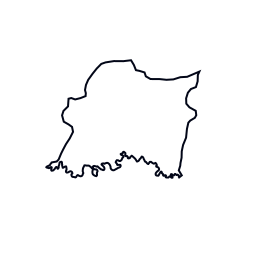 Musan, Hamgyŏng-bukto, North Korea, rotated 239°
{"feature_id": "82179303B23816821783286", "entity_name": "Musan", "entity_type": "district", "adm_level": 2, "iso_a3": "PRK", "parent_name": "North Korea", "parent_adm1": "Hamgyŏng-bukto", "projection": "mercator", "projection_center": [129.196, 42.155], "detail": "fine", "context": "isolated", "style": "outline", "palette": "ink", "viewbox_px": 256, "rotation_deg": 239, "n_neighbors": 0, "source": "geoboundaries", "source_scale": "gbopen_adm2", "svg_char_len": 5664}
<svg xmlns="http://www.w3.org/2000/svg" viewBox="0 0 256 256"><g transform="rotate(239 128 128)"><path d="M184.5,165.5L187.7,158.4L192.6,150.4L195.8,142.5L196.7,138.1L195.1,131.9L192.8,125.7L189.8,118.7L186.6,114.2L182.7,110.7L179.6,109.8L177.2,108.1L178.1,102.7L179.7,97.4L182.9,94.8L183.7,92.1L177.4,87.7L175.9,81.5L172.8,78.0L166.5,76.2L161.7,78.9L157.8,80.6L153.0,78.9L149.1,72.7L146.1,66.5L142.9,61.2L140.6,57.6L136.7,52.3L136.0,49.6L137.8,44.8L137.4,44.2L137.3,43.5L137.0,42.9L136.4,41.9L136.5,40.7L136.7,38.7L136.7,38.2L136.4,37.8L136.1,37.9L135.8,38.1L134.9,39.0L134.3,39.5L134.2,39.9L134.1,40.8L134.1,41.1L134.2,41.5L134.1,41.9L133.9,42.2L133.6,42.3L133.3,42.2L132.8,41.7L132.5,41.3L132.1,40.9L131.5,40.5L131.2,40.5L130.9,40.5L130.7,40.6L130.4,41.3L130.2,41.8L130.3,42.6L130.5,43.6L130.8,44.4L131.4,45.6L131.5,45.9L131.5,46.4L131.4,46.6L131.2,46.7L130.6,46.8L129.4,46.7L129.2,46.9L129.2,47.1L129.4,47.6L129.7,48.1L130.2,48.5L130.7,48.7L131.2,49.1L132.0,50.2L133.3,51.3L133.6,51.6L133.7,52.1L133.7,52.6L133.5,53.2L133.3,53.6L132.9,53.7L132.7,53.7L132.0,53.4L131.2,52.9L130.6,52.8L130.0,52.3L128.6,51.9L127.6,51.6L127.4,51.8L127.3,52.4L127.4,53.7L127.3,54.5L127.0,54.9L126.9,55.1L126.7,55.1L125.3,54.6L124.0,53.9L123.2,52.8L123.0,52.6L122.4,52.3L121.9,52.3L121.4,52.5L121.1,53.0L120.8,54.0L120.8,55.2L120.7,56.0L120.5,56.5L119.9,57.0L119.5,57.2L118.9,57.3L118.4,57.2L118.0,57.0L117.7,56.9L117.6,56.7L117.5,55.9L117.1,55.4L116.6,55.2L115.6,55.0L115.1,55.1L114.7,55.3L113.8,56.5L112.8,57.4L112.7,57.7L112.7,58.2L113.4,59.6L113.6,60.4L113.6,60.5L113.3,60.9L112.1,61.5L111.2,62.3L111.0,62.6L110.8,63.1L110.7,63.8L110.8,64.0L111.1,64.8L111.5,65.3L111.8,65.5L112.3,66.4L112.8,66.6L113.9,66.8L114.4,67.0L116.1,68.2L116.6,68.7L117.1,69.3L118.2,71.1L118.4,71.4L118.2,71.8L117.7,72.5L117.1,73.1L116.0,74.9L115.7,75.2L115.4,75.3L114.1,75.9L112.9,76.2L112.2,76.3L110.9,76.7L110.4,76.5L110.0,76.1L109.8,75.8L108.8,74.9L108.4,74.7L107.3,74.2L106.6,74.1L106.3,74.1L105.3,74.4L104.2,75.0L103.5,75.6L103.1,76.0L103.2,76.6L103.5,77.1L104.0,77.4L104.8,77.8L105.5,78.2L106.2,79.0L106.6,79.6L107.1,79.8L107.6,79.9L108.6,79.7L109.0,79.3L109.3,78.7L109.5,78.4L110.2,77.8L110.9,77.6L111.6,77.5L112.2,77.6L113.0,78.1L113.1,78.4L113.1,78.9L112.9,79.5L111.7,80.7L111.0,81.3L110.9,81.5L110.9,81.9L110.8,82.1L110.2,82.3L109.0,82.6L106.4,83.6L106.1,84.0L105.2,84.6L104.7,85.0L104.6,85.6L104.5,86.0L104.9,86.6L105.7,87.1L106.7,87.3L107.0,87.3L109.3,86.8L110.0,86.5L110.5,86.6L110.7,86.9L110.8,87.3L110.8,87.5L110.6,88.1L110.1,89.0L109.6,89.3L109.4,89.6L109.4,90.4L109.3,90.9L109.0,91.9L108.6,92.5L108.2,92.8L107.8,93.0L106.8,93.3L106.1,93.4L105.0,93.3L104.1,93.2L102.4,92.4L101.4,92.4L100.9,92.5L100.0,92.9L99.7,93.2L99.3,93.7L99.1,94.1L99.0,94.7L99.0,96.1L98.9,96.7L99.0,97.0L98.9,97.5L98.9,99.2L98.7,100.0L98.6,100.7L98.6,101.1L98.8,101.5L99.0,101.9L99.5,102.3L99.9,102.4L100.3,102.4L100.6,102.2L100.7,101.8L100.9,101.5L101.8,100.0L101.8,99.9L102.2,99.8L103.1,100.1L103.4,100.1L103.9,99.9L104.9,99.8L105.5,100.4L106.1,101.7L106.1,102.0L105.7,102.4L105.4,102.9L104.6,103.3L104.1,103.7L103.9,104.0L103.7,104.5L103.7,104.8L103.9,105.6L104.0,106.1L104.9,107.4L105.3,107.9L105.4,108.7L105.5,109.0L105.8,109.4L106.4,109.5L106.9,109.5L107.6,109.1L107.9,108.7L108.2,108.5L108.8,108.3L109.4,108.3L109.5,108.4L109.5,108.6L109.4,109.1L109.2,110.2L109.2,110.6L109.3,110.9L109.8,111.2L109.9,111.4L109.9,111.8L109.7,112.2L108.4,112.7L107.9,112.8L107.2,112.5L106.2,111.6L105.6,111.5L105.1,111.6L104.8,112.4L104.5,112.7L104.1,112.8L103.3,112.9L103.0,112.9L102.9,112.9L103.0,112.6L102.9,112.5L102.3,112.4L101.9,112.6L101.6,112.9L101.5,113.2L101.4,113.7L101.4,114.4L101.9,115.0L102.1,115.6L102.1,116.2L102.3,116.7L102.3,116.9L102.0,117.1L99.5,117.9L98.0,118.3L96.8,118.4L94.8,118.4L94.6,118.5L94.5,119.1L94.4,119.5L94.4,120.1L94.6,120.8L95.1,121.6L95.3,122.0L95.4,122.8L95.9,124.1L96.4,124.9L96.4,125.1L95.8,125.6L95.4,125.7L95.0,125.8L94.0,125.7L93.1,125.5L91.6,125.5L91.0,125.3L90.6,125.3L90.1,125.5L89.8,125.8L89.4,126.0L88.1,126.1L87.3,126.4L86.9,126.6L86.7,126.9L87.0,127.3L87.2,128.3L87.6,128.9L87.7,129.2L87.5,129.7L87.1,130.3L85.5,130.9L84.3,131.6L84.0,132.2L83.9,132.9L84.0,133.4L83.9,133.5L83.6,133.7L82.7,133.8L81.7,133.7L81.1,133.4L81.0,133.1L81.0,132.7L80.9,132.6L80.5,132.4L80.2,132.4L79.2,133.3L78.4,133.7L77.7,133.7L76.8,133.5L76.2,133.0L76.0,132.5L75.9,132.1L75.8,131.2L75.7,130.5L75.4,129.6L75.0,128.6L74.5,128.1L73.7,127.7L73.2,127.7L72.7,127.9L72.4,128.2L72.0,128.7L71.5,129.5L71.7,130.0L72.1,130.7L72.4,131.1L73.1,132.4L73.6,133.5L73.6,133.8L73.4,134.1L72.7,134.2L71.8,133.8L71.6,133.8L70.9,134.2L70.6,134.2L70.2,134.2L69.7,133.8L68.9,133.8L68.6,134.1L68.5,135.4L68.3,135.7L67.9,136.0L67.5,136.0L67.0,135.2L66.8,135.1L66.3,135.1L65.9,135.3L65.7,135.6L65.6,135.8L64.8,137.0L64.8,137.5L65.1,138.4L65.1,138.9L65.0,139.2L64.9,139.3L64.7,139.4L63.6,139.5L63.3,139.6L62.7,140.0L62.6,140.3L62.6,140.6L62.9,140.7L65.4,140.6L65.8,140.6L66.1,140.8L66.2,141.2L66.1,141.3L66.0,141.6L65.9,141.7L65.5,141.9L64.8,141.9L64.6,142.1L64.2,142.2L63.9,142.4L63.8,142.8L63.8,143.3L63.9,143.6L64.4,144.2L64.4,144.6L64.2,144.9L63.5,145.2L63.0,145.3L62.7,145.4L62.5,145.8L62.4,146.4L62.4,146.5L61.4,147.0L60.9,147.0L60.0,146.4L59.3,146.4L59.7,149.7L65.5,149.7L68.7,153.3L71.0,155.0L74.9,158.6L80.4,162.1L85.1,166.5L89.8,172.8L96.9,178.1L101.5,182.5L102.3,185.2L102.3,190.5L103.8,193.1L107.8,194.9L114.1,191.3L118.8,190.5L123.5,193.1L127.4,197.5L129.0,202.0L128.1,207.3L132.1,211.7L137.5,215.2L139.6,218.2L141.4,205.1L144.6,199.0L146.3,191.9L149.5,185.8L153.5,180.5L158.4,172.5L163.1,169.9L167.1,170.8L171.1,167.2L173.5,164.6L179.0,165.5L184.5,165.5Z" fill="none" stroke="#020617" stroke-width="2"/></g></svg>